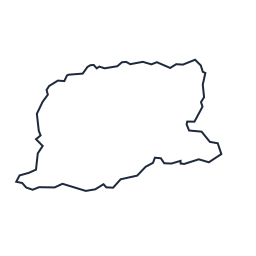 outline of Omagh, rotated 193°
{"feature_id": "GBR-2084", "entity_name": "Omagh", "entity_type": "District", "adm_level": 1, "iso_a3": "GBR", "parent_name": "United Kingdom", "parent_adm1": "", "projection": "orthographic", "projection_center": [-7.284, 54.591], "detail": "fine", "context": "isolated", "style": "outline", "palette": "slate", "viewbox_px": 256, "rotation_deg": 193, "n_neighbors": 0, "source": "natural_earth", "source_scale": "10m", "svg_char_len": 1027}
<svg xmlns="http://www.w3.org/2000/svg" viewBox="0 0 256 256"><g transform="rotate(193 128 128)"><path d="M37.1,133.3L31.2,123.6L41.5,112.8L52.0,113.4L65.2,105.6L68.7,105.2L69.4,107.8L77.8,103.1L84.8,101.8L89.2,105.9L95.1,105.1L95.8,99.7L102.1,94.2L108.3,83.7L123.6,76.4L129.1,66.5L135.8,65.3L139.2,67.7L146.1,60.9L155.0,57.2L179.3,58.9L186.1,53.6L201.4,50.3L207.0,46.4L213.8,47.1L218.7,50.6L224.8,50.5L223.0,57.4L214.7,61.9L208.3,66.7L210.2,83.0L207.1,91.3L215.1,96.4L211.5,101.1L214.3,105.2L220.0,121.3L217.1,134.3L213.6,142.4L215.9,146.7L214.3,151.2L207.0,158.4L200.6,159.4L199.3,165.4L197.8,166.6L184.4,170.8L181.2,178.4L178.8,180.7L175.6,181.7L171.9,179.1L169.7,181.4L164.2,180.9L152.3,185.8L148.7,190.7L144.6,192.0L140.2,190.7L128.4,195.8L119.5,195.3L114.7,198.6L100.4,196.0L95.4,201.0L88.8,202.1L78.0,209.6L71.1,205.3L67.8,199.6L65.0,199.0L64.9,187.0L60.8,175.1L62.7,169.7L60.2,165.5L64.7,149.1L71.7,147.6L71.7,144.7L67.9,139.3L55.5,141.0L45.1,132.9L37.1,133.3Z" fill="none" stroke="#1e293b" stroke-width="2"/></g></svg>